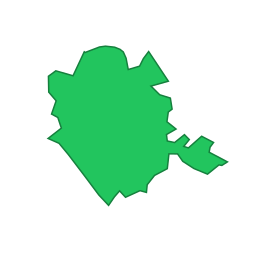 outline of Kuva, Ferghana, Uzbekistan, rotated 228°
{"feature_id": "79887680B41793707673960", "entity_name": "Kuva", "entity_type": "district", "adm_level": 2, "iso_a3": "UZB", "parent_name": "Uzbekistan", "parent_adm1": "Ferghana", "projection": "robinson", "projection_center": [72.012, 40.528], "detail": "fine", "context": "isolated", "style": "filled", "palette": "green", "viewbox_px": 256, "rotation_deg": 228, "n_neighbors": 0, "source": "geoboundaries", "source_scale": "gbopen_adm2", "svg_char_len": 881}
<svg xmlns="http://www.w3.org/2000/svg" viewBox="0 0 256 256"><g transform="rotate(228 128 128)"><path d="M171.0,194.5L169.3,185.9L166.2,178.0L171.3,167.3L181.2,173.3L187.7,175.4L191.8,174.7L196.9,172.2L197.4,171.8L203.9,166.0L207.3,161.0L212.8,146.7L213.9,146.5L203.6,122.1L218.8,112.6L219.7,103.5L207.7,93.1L196.3,92.8L189.5,80.5L182.8,82.9L172.5,78.4L173.7,61.6L162.8,66.5L148.2,65.9L120.5,63.6L97.7,61.5L83.5,61.8L85.9,71.8L86.9,79.7L78.2,79.8L73.4,95.0L67.8,98.6L73.0,104.3L75.0,116.0L71.5,130.0L81.4,141.1L75.6,147.5L66.6,146.4L53.7,149.9L40.5,156.2L39.7,170.9L37.4,172.7L36.3,179.2L55.7,172.1L58.8,176.1L60.0,181.9L72.6,177.2L72.8,159.6L77.0,157.1L78.4,165.8L85.3,165.5L86.0,152.9L92.1,148.5L97.4,152.2L95.1,163.0L106.6,161.1L112.9,168.6L112.5,173.4L121.9,179.5L131.5,173.8L143.8,173.1L135.8,189.3L171.0,194.5Z" fill="#22c55e" stroke="#15803d" stroke-width="1.5"/></g></svg>